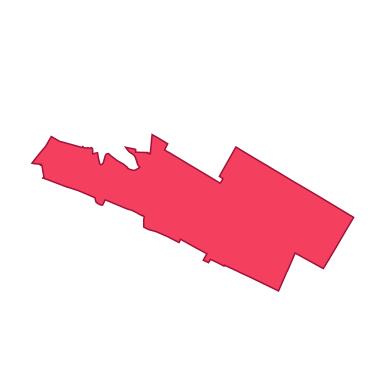 Modelu, Calarasi, Romania, rotated 113°
{"feature_id": "2599482B1796391595822", "entity_name": "Modelu", "entity_type": "district", "adm_level": 2, "iso_a3": "ROU", "parent_name": "Romania", "parent_adm1": "Calarasi", "projection": "natural_earth1", "projection_center": [27.399, 44.232], "detail": "fine", "context": "isolated", "style": "filled", "palette": "rose", "viewbox_px": 384, "rotation_deg": 113, "n_neighbors": 0, "source": "geoboundaries", "source_scale": "gbopen_adm2", "svg_char_len": 4018}
<svg xmlns="http://www.w3.org/2000/svg" viewBox="0 0 384 384"><g transform="rotate(113 192 192)"><path d="M195.9,343.2L197.3,343.3L198.3,343.5L207.3,344.6L214.3,346.8L223.1,349.3L225.0,349.8L224.9,349.7L225.6,349.9L228.0,350.6L227.6,348.4L225.5,341.7L226.5,341.9L226.5,340.8L226.5,340.2L231.0,337.5L234.0,335.5L235.1,334.8L236.8,333.7L237.0,333.6L237.0,333.9L237.0,334.2L236.9,334.4L237.0,334.6L237.2,334.8L237.5,334.8L237.5,334.4L237.3,334.1L237.3,333.9L237.0,327.5L236.3,308.9L236.1,307.5L235.9,305.8L235.2,298.0L235.1,291.4L235.2,279.6L235.3,279.4L235.3,279.0L237.6,277.5L239.0,276.1L239.5,273.9L239.6,270.8L239.0,269.2L233.1,268.8L233.0,248.1L232.9,244.5L232.4,240.7L232.5,237.7L232.6,234.7L233.1,232.0L233.3,228.4L232.9,228.4L233.2,226.5L233.2,226.4L234.9,226.0L235.8,225.7L236.2,225.6L236.3,225.6L237.3,225.2L238.0,224.9L239.5,224.3L240.3,224.0L241.5,223.5L242.9,222.8L243.1,222.8L243.4,219.6L243.5,217.0L242.5,209.6L242.6,197.5L243.6,184.2L239.9,184.0L240.3,181.0L240.5,179.1L240.7,177.0L240.9,175.4L241.3,171.9L241.7,168.1L241.9,166.4L242.3,162.0L242.5,159.7L242.9,155.6L243.0,154.2L250.4,155.0L250.5,151.5L250.5,150.3L250.6,149.2L246.8,148.6L246.9,146.1L247.1,141.6L247.1,140.8L247.3,138.7L247.3,137.7L247.6,135.1L247.7,133.6L246.7,133.5L247.1,120.6L247.4,114.8L247.5,110.7L247.6,107.6L247.7,104.2L247.9,101.2L248.1,97.4L248.5,89.4L249.1,77.0L249.3,73.7L227.6,73.5L227.3,73.3L207.9,73.2L211.2,41.2L209.4,41.0L208.7,40.8L207.9,40.7L206.7,40.5L204.8,40.3L203.6,40.1L201.6,39.8L201.1,39.7L199.4,39.5L198.6,39.4L197.8,39.3L195.6,39.0L192.5,38.6L191.5,38.4L191.4,38.4L189.8,38.2L188.9,38.1L186.8,37.8L184.2,37.5L182.8,37.3L181.5,37.2L179.7,36.9L178.5,36.8L177.9,36.7L177.7,36.7L176.8,36.6L176.4,36.5L176.2,36.5L175.8,36.4L175.4,36.4L175.2,36.4L174.9,36.3L174.7,36.3L174.3,36.2L174.2,36.2L173.9,36.2L173.7,36.2L173.4,36.1L173.2,36.1L172.8,36.1L172.7,36.0L172.4,36.0L172.1,36.0L172.0,35.9L171.8,35.9L171.7,35.9L171.4,35.9L171.1,35.8L170.9,35.8L170.7,35.8L170.4,35.7L170.1,35.7L169.8,35.7L169.7,35.6L169.4,35.6L169.1,35.6L168.8,35.5L167.3,35.3L166.6,35.2L163.9,34.9L160.8,34.4L160.7,34.4L154.0,33.5L152.2,33.3L151.0,41.9L149.8,50.5L147.2,68.7L146.4,74.3L145.0,85.0L142.9,101.3L138.4,133.3L136.6,147.0L134.7,160.5L133.4,169.2L146.6,170.6L156.7,171.8L166.9,172.9L167.7,168.7L172.9,169.4L171.5,179.2L170.7,184.7L168.0,204.7L166.9,212.1L165.8,220.1L164.5,229.2L164.7,229.3L163.9,233.7L157.1,233.2L155.1,247.1L155.1,247.9L154.7,251.2L155.2,251.0L159.5,249.7L160.4,249.4L164.1,248.2L170.5,246.2L170.9,246.0L171.0,246.0L171.6,245.8L171.8,245.7L172.0,245.7L172.3,245.6L172.5,245.5L172.7,245.4L173.1,245.3L173.2,245.6L173.4,245.9L173.5,246.2L173.6,246.4L173.7,246.8L173.0,247.0L173.2,247.6L173.6,248.6L173.2,248.8L175.9,255.5L176.9,258.4L177.3,259.4L177.4,259.5L174.9,260.4L174.8,260.7L175.0,261.9L176.8,270.6L178.4,267.9L178.7,267.2L178.8,267.1L179.4,265.8L179.6,265.4L179.7,264.8L180.0,263.9L180.1,262.8L180.2,262.4L180.2,262.1L180.1,261.7L180.5,261.0L180.7,260.6L180.8,260.1L180.9,259.8L180.9,259.6L181.2,259.1L181.9,258.2L182.0,257.9L182.8,257.3L182.9,257.1L183.8,256.3L184.4,255.6L184.5,255.7L185.0,255.1L185.5,254.9L185.7,254.7L186.3,254.2L186.8,253.8L187.5,253.0L188.2,252.5L188.4,252.2L188.6,251.7L188.8,251.4L188.9,251.1L189.1,250.7L189.3,250.0L189.4,249.8L189.5,249.7L189.8,249.9L192.2,251.4L193.9,252.8L194.5,253.6L194.7,253.9L194.9,254.2L195.0,254.9L195.3,256.8L195.4,257.6L195.4,258.6L195.4,259.6L195.3,260.4L195.1,260.9L194.8,261.0L194.6,261.0L193.2,265.7L192.9,267.4L192.6,271.2L192.3,273.2L191.8,275.2L190.2,281.3L189.7,282.5L189.4,283.3L189.4,284.3L190.7,285.8L192.4,286.0L199.4,285.1L200.7,285.4L201.7,285.7L202.2,286.1L202.4,286.6L202.3,287.6L202.1,288.0L201.6,288.4L201.3,288.5L197.6,291.2L192.8,294.3L195.6,298.3L191.8,300.0L190.8,300.7L190.5,302.0L191.0,302.6L191.8,303.4L191.9,303.7L191.8,305.2L192.4,305.7L192.6,305.9L192.8,306.6L193.3,308.0L193.5,308.5L193.5,308.9L192.8,310.3L194.0,310.7L196.0,325.9L197.1,333.8L196.7,336.9L195.9,343.2Z" fill="#f43f5e" stroke="#9f1239" stroke-width="1.5"/></g></svg>